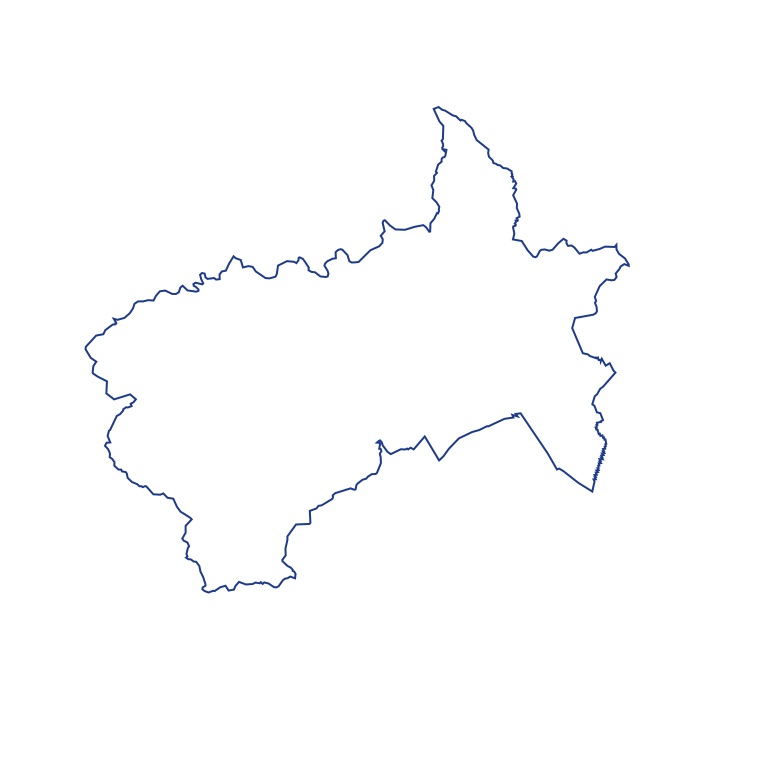 the district of Tasquillo, Hidalgo, Mexico, rotated 327°
{"feature_id": "50627088B25461945792705", "entity_name": "Tasquillo", "entity_type": "district", "adm_level": 2, "iso_a3": "MEX", "parent_name": "Mexico", "parent_adm1": "Hidalgo", "projection": "robinson", "projection_center": [-99.367, 20.531], "detail": "fine", "context": "isolated", "style": "outline", "palette": "blue", "viewbox_px": 768, "rotation_deg": 327, "n_neighbors": 0, "source": "geoboundaries", "source_scale": "gbopen_adm2", "svg_char_len": 6166}
<svg xmlns="http://www.w3.org/2000/svg" viewBox="0 0 768 768"><g transform="rotate(327 384 384)"><path d="M554.1,509.1L557.0,508.7L562.7,505.8L566.6,505.5L584.3,500.5L583.8,498.0L584.6,489.5L579.9,489.4L580.4,481.5L578.1,483.1L578.8,481.6L577.1,480.8L577.8,478.4L576.5,478.5L576.2,477.2L575.5,477.4L571.8,472.5L571.1,470.1L567.5,466.5L572.3,439.6L580.2,432.7L597.1,439.8L600.1,440.0L602.1,439.1L604.2,435.3L605.2,430.8L607.1,429.9L608.2,425.8L618.2,419.4L627.5,417.5L631.4,421.0L633.9,422.2L637.3,421.0L638.4,417.6L644.7,415.5L646.3,414.3L650.8,414.3L653.6,418.2L654.3,416.9L654.5,409.9L652.0,402.9L652.3,397.7L654.7,393.9L652.1,394.7L644.2,389.2L638.4,388.2L631.4,385.9L630.9,384.2L625.5,384.0L623.0,382.2L618.9,381.2L618.0,373.2L616.8,370.1L613.5,368.3L613.8,365.0L615.2,363.2L613.6,360.0L607.0,360.8L598.5,363.2L595.2,362.2L592.2,358.8L589.2,357.2L587.3,357.2L581.9,360.2L580.1,360.2L578.5,358.3L577.3,349.9L577.4,339.1L570.9,333.0L575.2,328.9L577.6,322.8L578.5,322.2L580.4,322.9L581.2,322.3L581.1,320.6L582.5,320.3L583.4,318.7L584.8,319.9L585.5,319.4L585.5,317.2L588.9,317.5L590.2,314.8L591.2,308.7L593.8,305.3L595.1,296.1L600.8,293.0L600.9,291.9L599.1,290.2L604.1,287.9L604.3,285.1L602.7,284.6L604.2,282.8L603.9,279.7L605.0,280.0L605.1,278.4L606.0,277.8L605.8,276.9L606.9,275.1L604.6,270.3L601.6,267.8L600.4,263.8L598.5,262.2L598.0,260.5L596.1,258.3L596.9,255.7L595.8,250.6L597.1,247.1L599.4,244.4L594.6,229.9L595.4,223.8L596.8,220.1L596.9,216.7L595.1,210.1L595.1,207.6L592.9,204.6L591.6,204.6L590.3,198.8L587.9,196.1L584.1,187.9L582.1,185.7L580.6,181.4L575.5,180.4L573.5,194.0L574.3,199.9L566.7,210.8L564.8,211.3L564.3,214.8L563.0,216.9L561.5,217.5L560.9,218.9L561.4,221.0L562.0,219.8L563.9,221.6L559.7,226.1L558.1,226.6L556.4,226.0L554.8,226.8L553.4,228.9L548.9,229.5L543.1,234.2L543.4,235.8L539.3,236.8L536.8,240.9L532.0,243.3L531.0,248.2L525.8,254.4L527.0,260.3L526.9,265.5L524.9,267.5L524.6,268.7L522.3,270.3L521.6,269.5L515.9,272.9L510.5,274.5L505.8,281.2L504.9,281.0L504.7,275.7L503.5,272.2L495.4,268.9L485.6,266.1L477.8,260.6L475.4,254.5L473.9,247.1L472.5,246.8L470.6,248.2L467.7,256.3L462.0,257.9L461.8,261.9L459.6,264.7L455.0,265.9L445.5,264.4L429.2,267.8L425.7,266.1L423.0,264.4L421.8,262.1L423.6,256.1L422.2,248.6L420.8,247.2L418.5,246.6L415.2,247.1L412.1,252.3L409.0,250.9L403.3,250.2L400.2,250.9L398.5,252.3L398.4,258.1L397.5,261.2L395.3,263.1L393.5,262.6L389.2,259.1L387.0,252.8L384.1,250.3L382.7,247.5L384.3,245.4L384.3,239.0L384.1,234.9L382.3,231.9L381.2,231.7L379.6,233.7L376.4,234.9L375.2,232.6L369.5,228.1L359.6,227.0L354.0,233.4L351.4,234.9L345.6,233.1L342.3,230.6L337.8,219.9L337.6,214.2L334.5,211.3L329.2,209.4L331.4,202.0L328.1,197.7L327.4,195.0L319.6,198.7L313.1,202.8L309.3,201.3L305.7,202.6L303.3,206.6L300.1,205.0L299.2,202.6L293.2,199.7L292.4,197.5L293.7,193.7L291.8,191.8L289.3,192.2L287.8,196.4L287.2,201.2L285.8,201.4L281.1,196.4L278.6,196.4L277.9,198.1L279.1,200.0L279.9,203.7L279.0,204.9L276.7,204.2L270.2,198.5L268.6,191.9L265.8,192.2L261.9,195.3L258.6,195.2L255.5,193.2L251.3,186.4L246.5,184.2L240.6,185.9L236.2,188.5L231.8,185.2L226.9,183.5L222.8,180.8L218.5,180.8L214.5,184.0L209.3,186.2L202.3,187.2L195.4,185.0L192.9,182.1L192.7,186.9L191.9,186.7L191.4,187.7L188.8,186.4L179.7,187.0L175.7,189.4L169.0,186.6L154.2,190.4L152.6,192.4L152.3,202.4L154.9,208.6L150.0,210.7L146.0,215.5L145.7,216.6L147.8,221.7L153.1,230.9L146.0,240.7L149.3,249.9L165.4,254.4L167.6,261.7L163.9,262.9L160.8,262.6L160.3,265.1L156.4,264.2L155.1,263.1L151.5,263.2L150.8,264.2L146.4,265.5L142.4,265.3L129.4,273.3L127.7,273.5L123.9,277.1L122.6,283.9L119.3,282.2L116.3,283.9L117.1,288.0L116.8,290.9L116.1,293.4L114.1,296.0L115.2,298.7L115.4,302.7L113.3,305.7L114.7,311.1L117.0,312.7L116.6,314.5L119.5,317.3L119.5,319.0L117.9,323.1L119.2,328.8L122.6,333.9L123.2,336.6L124.9,337.7L125.6,339.2L127.9,339.5L128.9,340.4L130.5,350.9L136.1,355.0L139.3,355.6L140.5,361.5L144.8,365.4L143.5,374.1L143.8,380.2L148.6,390.6L149.0,392.8L140.4,394.9L136.6,400.7L130.6,403.8L130.7,406.3L132.8,409.9L132.2,413.9L130.1,414.8L125.8,418.9L125.2,421.6L123.4,421.8L124.4,424.3L126.4,425.8L127.7,429.2L129.6,430.8L130.0,436.0L127.9,441.4L127.2,447.3L125.2,454.8L124.4,455.9L121.0,455.9L119.9,457.3L120.8,460.0L123.3,463.3L128.1,464.4L129.2,465.4L136.0,465.3L141.2,466.9L141.2,472.6L146.2,474.7L149.4,472.5L154.6,471.0L159.0,476.9L164.9,480.2L168.0,480.5L171.3,483.5L172.7,483.1L173.4,485.6L175.5,485.2L178.5,488.4L181.0,494.3L183.0,496.0L185.6,496.2L192.3,493.5L194.8,493.3L197.5,494.4L200.4,494.4L203.6,498.5L206.4,495.1L206.5,492.3L205.7,491.0L206.2,490.2L205.8,487.2L204.0,484.1L202.3,477.2L203.0,476.1L208.2,474.2L211.7,468.4L218.2,462.0L220.0,459.2L233.7,453.9L245.3,460.8L246.7,460.3L252.7,450.0L259.6,451.6L262.6,450.5L265.7,451.8L278.0,452.2L279.5,451.3L280.4,449.5L283.6,449.0L299.1,453.3L301.5,456.5L302.8,456.9L305.7,453.8L307.8,453.1L313.9,452.6L317.6,453.7L320.3,452.9L324.8,453.0L327.9,454.9L329.7,454.7L338.2,448.8L341.3,443.7L342.6,440.1L345.3,438.9L345.8,436.7L344.7,435.7L348.3,431.9L348.1,430.8L346.2,429.3L349.1,428.9L350.0,429.2L350.4,431.4L349.5,434.9L350.0,442.8L351.5,446.5L362.6,447.9L366.0,450.4L368.2,450.8L368.6,452.0L371.6,451.9L373.3,455.0L389.6,450.2L388.6,478.1L394.5,477.0L403.3,473.6L417.2,470.4L431.8,472.3L438.9,474.5L447.5,475.5L448.2,476.3L466.0,478.8L474.3,482.6L474.8,479.8L478.4,484.0L478.2,480.9L482.6,483.0L483.5,531.5L482.5,549.9L484.8,550.3L486.9,554.5L493.1,572.6L500.1,587.6L507.5,580.4L507.8,578.1L509.7,579.2L510.0,576.9L511.0,577.4L511.0,575.0L513.0,576.0L513.4,573.6L515.3,574.4L515.1,572.2L517.1,573.2L517.2,570.9L518.2,571.3L519.2,569.2L520.2,569.7L520.9,567.5L522.8,568.5L522.6,566.3L523.6,566.7L523.8,564.4L526.3,566.2L526.2,564.0L527.1,564.6L527.3,562.3L529.3,563.2L529.1,561.0L531.1,562.0L530.9,559.7L531.9,560.2L532.3,557.8L534.3,558.7L535.0,556.7L536.1,557.0L536.9,555.0L537.8,555.3L539.5,551.1L538.6,550.7L539.4,548.5L538.4,548.2L539.2,546.0L537.2,545.4L537.9,543.2L536.8,542.9L538.2,538.7L537.3,538.1L537.8,535.8L538.8,536.3L539.8,534.1L540.7,534.5L541.4,532.4L545.3,534.0L545.5,533.4L548.0,533.6L549.5,526.3L547.1,523.7L548.6,517.0L547.7,514.4L554.1,509.1Z" fill="none" stroke="#1e3a8a" stroke-width="2"/></g></svg>